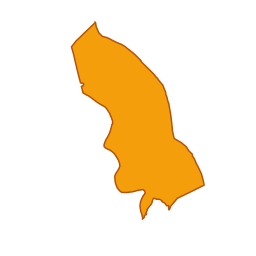 Jimara, Upper River, Gambia, rotated 219°
{"feature_id": "56634734B42913132832661", "entity_name": "Jimara", "entity_type": "district", "adm_level": 2, "iso_a3": "GMB", "parent_name": "Gambia", "parent_adm1": "Upper River", "projection": "mercator", "projection_center": [-14.409, 13.327], "detail": "fine", "context": "isolated", "style": "filled", "palette": "amber", "viewbox_px": 256, "rotation_deg": 219, "n_neighbors": 0, "source": "geoboundaries", "source_scale": "gbopen_adm2", "svg_char_len": 3139}
<svg xmlns="http://www.w3.org/2000/svg" viewBox="0 0 256 256"><g transform="rotate(219 128 128)"><path d="M185.1,127.0L181.5,127.5L178.8,128.1L174.2,128.4L169.6,128.5L166.0,128.8L162.0,129.4L161.1,129.6L159.2,129.9L157.3,129.7L155.5,129.1L151.9,128.0L149.3,126.6L149.2,126.3L148.2,126.1L147.0,125.3L144.9,124.0L144.1,123.4L143.6,122.7L142.6,121.6L142.6,120.3L142.6,120.2L141.8,118.9L140.6,116.1L140.1,115.0L139.1,112.1L138.6,110.0L138.0,107.0L138.0,106.3L137.7,104.7L137.4,103.5L136.8,101.8L136.2,100.2L134.9,98.5L134.3,98.5L133.1,98.3L130.5,98.8L128.1,99.4L126.3,99.6L124.2,99.6L122.8,99.6L118.5,98.2L115.5,97.1L114.9,96.8L113.9,96.2L112.0,94.9L110.9,93.8L110.6,93.5L110.1,92.9L110.0,92.0L109.5,91.0L109.2,88.7L108.8,85.0L108.2,82.7L107.4,81.5L103.9,78.0L101.9,76.5L101.4,76.3L98.7,74.7L96.5,74.2L94.2,73.9L92.9,74.0L92.1,74.2L89.3,76.4L88.4,77.1L85.3,80.3L84.3,81.3L82.5,83.7L81.2,85.6L78.8,88.3L77.9,89.3L77.0,89.6L76.6,89.6L75.9,89.6L75.1,89.4L74.4,88.8L74.2,88.6L73.6,87.9L73.5,85.3L73.4,84.1L72.5,80.4L71.3,77.6L69.5,74.8L67.7,73.1L65.8,71.4L62.8,69.5L60.5,67.7L59.5,66.5L59.2,67.4L59.2,69.1L60.1,70.1L60.0,70.6L59.9,71.1L59.8,71.5L59.7,71.9L59.4,72.1L59.6,72.9L59.8,72.9L60.5,72.9L60.6,73.5L61.4,76.4L61.8,76.5L62.0,77.6L62.0,80.6L62.0,83.7L62.5,85.3L62.9,86.1L63.8,88.1L63.8,89.5L63.5,89.7L63.5,89.8L62.8,90.2L62.1,90.2L61.7,90.6L61.0,90.6L60.2,91.1L58.7,92.4L56.0,92.9L55.3,92.2L54.7,92.2L52.9,92.7L51.8,92.7L49.0,91.9L48.2,92.7L48.0,93.0L47.1,93.0L46.7,92.0L45.4,90.6L45.1,90.5L44.6,90.3L44.5,90.6L45.6,94.5L45.4,104.5L43.1,109.3L40.8,114.3L38.0,120.2L33.7,129.7L32.9,131.2L32.9,131.3L33.4,132.0L36.5,134.5L38.0,135.6L39.5,136.7L39.7,136.8L40.3,137.2L42.0,138.5L43.2,139.1L44.6,139.8L46.5,140.7L48.1,141.5L48.6,141.7L49.2,142.0L52.6,143.4L53.1,143.7L57.3,145.9L60.1,146.7L61.0,147.6L61.8,148.1L62.1,148.2L62.7,148.2L66.6,148.6L70.9,150.1L74.5,150.1L77.2,150.2L84.9,149.0L86.0,149.3L87.7,150.6L89.2,151.8L91.7,153.8L94.5,156.7L95.4,157.6L100.9,163.1L102.1,163.9L102.5,164.6L103.6,165.6L109.5,170.7L111.7,172.7L112.9,173.3L114.8,174.6L115.8,175.4L117.7,176.8L119.7,177.9L120.9,179.1L121.5,179.6L123.7,180.8L128.1,183.3L129.9,183.6L130.7,183.7L132.0,184.0L132.9,184.2L137.3,185.3L139.1,185.3L140.5,185.9L144.0,186.3L147.6,186.7L150.7,187.0L157.8,187.6L160.1,188.2L160.3,188.2L160.4,188.4L160.4,188.5L168.6,189.4L175.8,189.5L176.0,189.4L177.2,189.4L179.4,189.4L179.5,189.4L179.8,189.4L180.7,189.4L181.6,189.4L182.4,189.3L182.6,189.3L184.0,189.1L184.8,189.0L185.2,188.9L185.4,188.9L185.5,188.9L186.5,188.6L186.8,188.5L187.1,188.4L188.9,187.9L189.8,187.6L190.8,187.3L197.6,185.8L198.4,185.8L201.5,184.9L205.7,183.0L206.7,183.2L207.7,183.3L210.1,183.6L210.6,183.7L210.8,183.7L215.1,186.0L216.5,186.7L219.6,189.5L219.9,189.5L219.8,189.4L220.5,183.8L221.4,176.7L221.6,175.2L221.7,174.5L222.0,172.3L222.0,171.9L222.6,166.9L223.1,163.1L223.0,155.5L222.7,155.3L222.6,155.2L219.7,153.2L216.9,151.2L210.0,145.8L205.1,142.0L200.5,138.5L196.9,135.8L195.9,135.1L194.1,133.8L193.4,133.2L192.1,133.7L190.9,134.5L190.1,134.3L189.5,132.6L190.1,131.7L190.4,131.0L189.2,130.1L185.1,127.0Z" fill="#f59e0b" stroke="#b45309" stroke-width="1.5"/></g></svg>